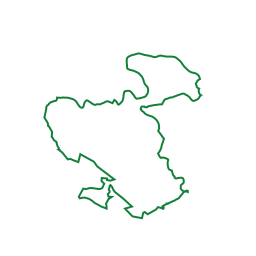 the district of Pungarabato, Guerrero, Mexico, rotated 117°
{"feature_id": "50627088B37947281282101", "entity_name": "Pungarabato", "entity_type": "district", "adm_level": 2, "iso_a3": "MEX", "parent_name": "Mexico", "parent_adm1": "Guerrero", "projection": "natural_earth1", "projection_center": [-100.628, 18.344], "detail": "fine", "context": "isolated", "style": "outline", "palette": "green", "viewbox_px": 256, "rotation_deg": 117, "n_neighbors": 0, "source": "geoboundaries", "source_scale": "gbopen_adm2", "svg_char_len": 5800}
<svg xmlns="http://www.w3.org/2000/svg" viewBox="0 0 256 256"><g transform="rotate(117 128 128)"><path d="M162.4,200.2L162.3,199.4L166.0,193.8L170.6,191.9L170.8,190.9L172.4,188.6L172.8,185.8L173.1,185.6L173.3,184.9L174.4,184.3L175.8,182.9L178.2,179.4L178.8,180.1L179.4,176.9L179.7,175.4L183.3,167.4L181.7,165.4L181.5,161.6L180.9,156.8L173.0,158.6L173.5,143.2L176.2,137.9L180.0,116.8L182.9,119.8L183.9,123.0L182.5,123.7L184.5,128.7L187.3,127.5L188.4,123.9L193.2,123.7L194.8,124.9L196.0,127.3L196.5,128.9L198.4,134.2L199.7,135.7L201.3,137.5L202.4,140.4L211.7,140.6L212.5,139.0L210.4,136.3L210.1,135.8L209.7,135.0L209.5,134.3L208.8,130.4L209.1,127.2L209.9,123.5L210.1,116.0L209.5,110.5L206.8,112.0L205.8,113.0L205.1,113.2L200.1,113.1L196.8,111.2L198.0,114.2L196.1,116.0L194.0,115.3L192.5,115.8L191.3,117.4L189.6,117.4L188.0,118.1L186.8,117.7L187.9,115.1L189.3,113.7L190.9,110.8L193.1,100.1L196.2,88.8L201.2,94.1L204.7,83.8L202.0,74.6L196.7,75.9L195.3,75.0L195.9,71.3L188.9,66.7L188.1,66.2L187.1,65.8L186.5,65.7L184.9,65.4L184.1,61.7L184.1,61.1L184.2,60.3L183.8,59.8L183.4,59.8L182.9,60.0L182.5,60.9L182.5,61.4L182.3,61.7L182.1,61.7L181.4,61.3L181.0,60.7L180.1,60.6L179.9,60.5L179.7,60.2L178.7,59.4L178.4,59.2L178.0,58.8L178.0,59.0L177.7,59.2L177.4,58.3L176.3,57.5L174.3,55.8L172.9,54.9L171.4,53.4L171.0,53.3L169.7,52.5L167.6,50.9L159.4,49.2L157.9,46.9L157.8,45.7L156.9,46.2L157.1,47.1L157.3,47.5L157.8,47.8L158.6,48.5L159.0,49.1L159.1,49.8L159.0,51.5L158.4,52.9L158.1,53.5L157.7,53.8L157.2,53.9L155.9,54.6L155.0,54.8L154.4,54.7L153.2,54.2L152.5,53.8L151.8,53.6L151.4,53.6L151.1,53.7L150.6,54.0L149.3,54.6L148.7,55.1L148.3,55.7L147.9,56.4L147.9,57.3L148.1,58.0L148.7,59.0L149.4,60.0L150.1,61.0L150.9,61.8L151.2,62.3L151.3,63.0L151.2,63.8L150.9,64.0L150.4,64.2L150.1,64.6L149.9,65.0L149.8,65.9L149.5,66.3L148.8,67.1L148.0,67.9L146.6,69.1L146.0,69.6L146.1,70.1L146.3,70.5L146.2,71.7L146.2,72.2L146.2,72.7L145.7,73.5L143.4,75.5L142.4,76.1L140.4,77.2L138.3,77.6L138.0,77.8L137.7,78.6L137.8,80.6L138.0,81.9L138.7,84.0L139.6,84.8L139.5,86.0L138.9,87.1L138.7,87.5L138.2,88.0L137.1,89.6L136.4,89.6L134.9,89.3L133.6,89.2L131.7,89.3L130.7,89.3L129.2,89.8L128.3,90.0L127.3,90.2L124.9,90.5L123.8,90.6L123.0,90.8L121.1,91.2L120.9,91.8L120.5,92.8L120.0,93.7L119.3,94.9L118.3,97.0L117.7,98.2L117.4,98.9L117.1,99.5L116.7,99.8L116.0,99.9L114.9,99.9L113.7,100.3L111.0,102.1L110.1,102.9L108.7,104.8L108.0,106.0L107.7,107.1L107.2,108.7L106.9,111.1L106.9,112.3L107.2,113.6L107.3,114.9L107.6,116.1L107.6,118.0L107.5,119.0L107.3,119.9L106.8,120.9L106.5,122.4L106.4,123.4L106.1,124.0L105.4,125.3L105.2,125.3L104.9,125.2L104.5,125.5L104.1,125.7L103.5,125.7L103.1,125.5L102.6,125.3L102.3,124.8L102.0,124.2L101.4,123.0L101.6,122.7L101.7,122.3L101.6,121.9L101.5,121.5L101.2,121.2L101.0,120.7L100.8,120.4L100.6,120.4L100.2,120.2L99.5,119.8L98.9,119.2L98.2,118.3L97.4,117.2L96.1,115.6L95.6,115.0L94.9,113.8L92.4,110.2L92.0,109.3L91.7,108.7L91.2,108.4L90.7,108.4L90.0,108.5L89.0,108.4L87.7,108.4L86.7,108.3L86.1,108.2L85.3,107.7L83.9,106.2L81.9,104.4L81.3,103.8L81.0,103.1L80.5,102.4L80.1,101.9L78.8,101.0L78.2,100.3L77.0,99.2L76.1,98.5L74.7,97.0L73.6,96.0L73.0,95.6L72.5,94.8L72.2,94.1L71.9,93.0L72.0,92.4L72.2,91.7L72.1,89.8L72.3,88.7L72.5,87.7L72.9,86.6L73.6,85.3L74.1,84.0L74.3,82.8L74.2,82.0L73.5,81.2L72.4,80.2L71.5,79.5L70.5,78.9L69.3,78.5L67.2,78.4L66.3,78.0L65.7,78.3L65.6,78.2L65.6,78.6L65.4,79.3L65.0,79.9L64.3,80.8L62.7,82.0L61.5,82.4L60.7,82.4L60.5,84.5L60.2,85.2L57.7,87.7L54.1,87.5L53.8,87.2L53.4,87.2L51.7,86.1L50.1,87.7L49.2,88.9L48.6,91.1L48.7,92.9L49.6,96.8L49.7,98.6L49.3,100.7L48.3,104.1L47.6,106.1L46.9,107.5L44.9,111.2L44.0,114.8L43.7,116.1L43.5,117.9L43.7,119.1L44.2,120.5L45.0,122.5L45.6,123.5L46.4,125.1L47.4,127.5L47.9,129.3L48.6,131.7L49.8,133.3L51.3,134.5L52.9,136.6L53.8,141.2L55.0,145.2L55.3,145.9L55.5,146.9L55.7,148.1L55.9,149.0L56.0,149.9L56.3,151.2L56.8,152.5L57.6,153.5L58.4,154.3L59.9,155.9L60.7,157.0L62.0,158.2L63.2,159.2L64.2,159.9L65.1,160.3L66.0,160.5L67.1,160.4L67.8,160.1L70.0,159.0L71.3,158.2L72.5,157.4L74.2,156.5L74.7,156.1L75.1,155.8L75.3,155.5L75.4,154.9L75.5,154.7L75.3,152.5L74.9,151.1L74.4,148.5L74.3,146.2L74.3,144.4L74.4,143.1L74.8,141.9L75.9,139.0L76.8,137.7L77.7,136.6L79.6,134.8L80.2,134.2L80.8,133.5L81.4,132.4L82.5,129.7L83.1,128.7L83.9,128.0L85.0,127.3L86.3,126.7L87.6,126.4L88.7,126.3L90.1,126.4L91.0,126.5L92.0,126.8L92.7,127.4L93.6,128.2L94.9,129.6L96.4,131.3L97.6,133.0L98.0,133.6L98.0,134.3L97.3,136.0L96.4,137.2L95.8,138.6L95.2,140.2L94.8,140.5L94.3,142.4L94.4,143.6L94.8,144.9L96.6,147.4L96.9,147.3L97.9,147.7L98.7,147.4L100.4,147.0L102.2,146.3L103.3,145.8L103.9,145.6L104.8,145.5L105.8,145.3L106.7,145.3L107.5,145.4L108.2,145.6L108.9,145.9L110.6,146.4L111.1,146.6L111.5,147.2L111.5,147.7L110.1,149.7L109.6,150.6L109.2,152.9L112.9,153.1L113.3,157.7L113.4,158.3L113.7,158.7L114.1,159.2L114.5,159.6L115.5,160.4L116.2,160.8L117.3,161.7L118.1,162.5L118.8,163.0L119.3,163.4L119.6,163.7L120.1,164.7L120.9,166.4L121.5,167.0L122.3,167.7L122.5,168.1L122.6,168.6L122.6,169.6L122.6,170.6L122.2,173.0L122.1,174.8L121.9,176.0L121.9,176.8L122.0,177.2L122.2,177.4L122.4,177.6L123.5,178.0L124.5,178.2L125.3,178.2L126.2,178.1L128.0,177.7L129.1,177.4L130.2,177.6L130.8,178.1L131.1,178.9L131.1,180.2L130.6,181.2L130.1,182.5L129.3,183.9L128.3,185.5L128.0,186.2L127.6,187.4L127.4,188.5L127.3,189.2L127.3,190.2L127.5,191.1L127.9,193.5L128.2,194.8L128.5,195.7L128.7,196.1L128.8,196.5L129.6,198.0L130.0,199.1L130.6,200.2L131.6,201.5L133.1,205.0L134.7,204.3L136.3,204.5L137.8,206.3L140.4,208.7L142.6,209.5L143.5,209.6L144.2,209.9L144.8,210.3L146.9,210.2L147.6,209.7L148.5,209.4L150.0,209.0L150.5,208.8L152.4,208.4L154.6,207.7L156.4,207.4L156.8,206.8L157.3,206.1L158.0,205.2L158.6,204.0L159.4,202.7L160.3,201.5L161.5,200.6L162.4,200.2Z" fill="none" stroke="#15803d" stroke-width="2"/></g></svg>